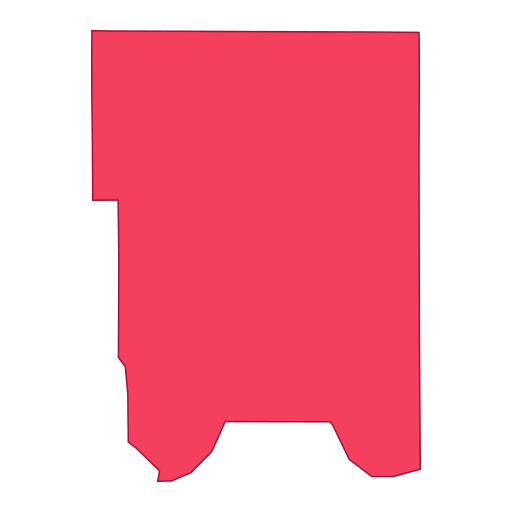 the district of Ramsey, Minnesota, United States of America
{"feature_id": "52423323B15495736799264", "entity_name": "Ramsey", "entity_type": "district", "adm_level": 2, "iso_a3": "USA", "parent_name": "United States of America", "parent_adm1": "Minnesota", "projection": "orthographic", "projection_center": [-93.118, 45.006], "detail": "fine", "context": "isolated", "style": "filled", "palette": "rose", "viewbox_px": 512, "rotation_deg": 0, "n_neighbors": 0, "source": "geoboundaries", "source_scale": "gbopen_adm2", "svg_char_len": 594}
<svg xmlns="http://www.w3.org/2000/svg" viewBox="0 0 512 512"><path d="M370.7,32.0L254.7,31.6L144.4,31.1L112.1,31.0L91.9,30.7L91.7,64.1L91.8,90.4L92.4,144.2L92.4,150.7L92.6,173.0L92.7,200.2L118.1,200.1L118.8,256.4L118.7,291.0L118.4,357.5L125.3,366.7L127.8,393.9L128.3,442.0L136.8,448.7L159.5,470.9L157.7,481.3L171.7,480.9L191.0,472.6L211.8,451.5L225.2,421.6L330.2,421.8L333.1,425.9L349.2,459.3L371.9,476.6L393.0,476.6L420.3,469.2L419.4,338.3L419.3,291.8L419.1,212.8L419.1,203.2L419.0,158.6L419.3,83.6L419.2,47.1L419.0,32.4L370.7,32.0Z" fill="#f43f5e" stroke="#9f1239" stroke-width="1.5"/></svg>